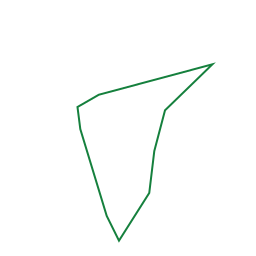 an SVG outline of Moore's Island, rotated 213°
{"feature_id": "BHS-5017", "entity_name": "Moore's Island", "entity_type": "District", "adm_level": 1, "iso_a3": "BHS", "parent_name": "The Bahamas", "parent_adm1": "", "projection": "albers", "projection_center": [-77.56, 26.303], "detail": "fine", "context": "isolated", "style": "outline", "palette": "green", "viewbox_px": 256, "rotation_deg": 213, "n_neighbors": 0, "source": "natural_earth", "source_scale": "10m", "svg_char_len": 278}
<svg xmlns="http://www.w3.org/2000/svg" viewBox="0 0 256 256"><g transform="rotate(213 128 128)"><path d="M181.8,118.1L170.6,140.0L91.9,227.4L106.6,163.0L93.4,123.0L74.8,85.1L74.2,28.6L98.0,42.7L167.4,101.1L181.8,118.1Z" fill="none" stroke="#15803d" stroke-width="2"/></g></svg>